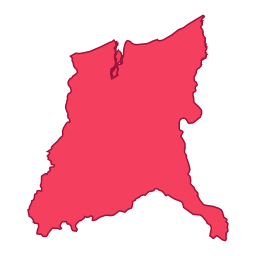 outline of Esmeraldas, Esmeraldas, Ecuador
{"feature_id": "8360857B50260374474946", "entity_name": "Esmeraldas", "entity_type": "district", "adm_level": 2, "iso_a3": "ECU", "parent_name": "Ecuador", "parent_adm1": "Esmeraldas", "projection": "albers", "projection_center": [-79.613, 0.807], "detail": "fine", "context": "isolated", "style": "filled", "palette": "rose", "viewbox_px": 256, "rotation_deg": 0, "n_neighbors": 0, "source": "geoboundaries", "source_scale": "gbopen_adm2", "svg_char_len": 5723}
<svg xmlns="http://www.w3.org/2000/svg" viewBox="0 0 256 256"><path d="M28.0,209.8L29.2,216.2L31.5,217.6L33.1,219.7L33.7,221.3L33.2,221.9L34.8,223.3L37.5,223.5L38.4,223.9L38.6,227.0L37.4,230.4L36.9,233.6L37.9,234.1L41.2,234.2L43.2,236.5L46.2,236.4L47.3,235.3L48.3,233.0L52.4,228.1L55.9,228.4L57.2,228.2L59.8,229.2L61.3,228.6L61.5,228.3L60.4,227.0L59.9,225.8L61.4,222.7L62.8,221.7L66.3,221.7L67.3,224.0L69.2,224.1L70.8,225.7L71.3,226.7L71.6,228.8L72.8,230.6L76.2,231.2L77.2,229.8L77.0,228.9L75.5,226.7L75.6,225.3L76.4,223.7L79.4,220.8L80.9,220.6L84.2,218.0L84.9,216.5L87.0,217.4L89.0,217.0L90.2,216.0L92.2,216.3L92.9,217.6L92.3,220.3L93.4,220.5L96.1,219.7L99.7,217.2L104.8,215.5L106.3,215.1L110.5,215.6L113.6,215.1L119.6,210.7L124.9,212.2L127.5,209.6L131.3,208.1L131.8,207.3L132.5,204.7L132.7,202.6L132.5,201.7L133.3,201.0L135.0,200.5L135.8,198.9L139.3,197.2L140.8,195.7L143.6,194.8L145.2,195.2L147.5,192.7L149.0,191.6L153.7,190.7L154.7,189.1L156.1,188.6L157.7,189.0L159.3,190.3L161.8,191.0L163.7,192.7L165.6,195.5L166.3,195.6L167.3,194.8L168.5,195.0L171.5,197.2L175.1,199.2L181.3,201.5L182.1,202.4L183.1,204.6L183.6,207.4L193.3,214.4L200.2,215.0L202.2,216.2L206.4,221.2L207.3,223.4L210.2,225.0L211.2,227.1L211.3,228.5L209.9,235.6L210.1,236.2L211.4,236.7L212.9,238.2L213.7,238.3L216.3,235.9L217.0,235.7L222.7,239.9L225.3,240.6L225.8,240.1L226.3,238.4L225.9,236.3L226.4,234.6L225.9,233.4L228.0,230.9L227.3,227.3L227.9,223.7L227.6,223.0L226.1,222.1L226.8,220.5L226.8,219.2L223.9,217.3L222.4,211.9L221.1,209.7L218.2,208.1L213.0,206.4L205.6,205.3L203.7,204.7L202.2,203.1L199.5,199.5L198.2,196.8L197.2,195.6L197.9,195.3L197.8,193.0L195.1,190.1L193.9,187.3L190.4,183.8L190.7,180.0L190.3,177.4L189.6,175.9L188.0,174.2L189.7,170.4L189.9,169.1L188.6,163.7L186.5,158.1L186.3,155.2L184.6,152.8L184.6,149.9L185.1,148.1L184.9,143.5L183.5,140.5L180.8,136.1L183.0,132.2L182.5,131.3L179.7,130.0L179.3,128.7L179.2,122.3L179.8,120.3L181.2,118.8L183.2,118.1L184.9,118.5L186.6,119.7L187.8,122.3L188.9,123.3L192.7,122.9L193.7,122.4L200.2,117.2L201.6,113.7L201.6,110.9L201.1,109.8L198.9,107.0L194.3,102.7L193.8,101.3L193.6,97.9L192.8,94.8L193.4,92.3L194.9,91.7L195.8,90.8L195.8,89.9L195.1,88.8L195.5,86.4L197.0,85.5L197.2,84.7L196.3,82.4L194.4,80.7L194.0,77.4L196.2,73.1L196.4,70.9L197.0,69.5L197.9,68.6L198.9,68.3L199.2,67.7L200.8,66.4L201.6,64.5L200.9,64.0L201.2,63.5L201.3,60.2L201.9,59.8L201.9,59.3L202.6,59.3L202.8,59.6L203.0,59.2L203.5,59.3L203.5,58.2L204.2,58.6L205.7,58.1L206.1,56.9L205.5,56.7L205.6,56.1L205.9,55.4L206.3,55.5L206.4,54.3L206.8,54.3L206.4,53.9L206.5,53.1L205.4,52.7L205.6,50.3L205.2,49.8L205.9,50.1L206.3,49.8L206.9,47.9L206.4,47.4L206.8,46.6L206.2,46.0L205.7,46.4L205.8,45.8L205.5,45.7L206.0,44.5L205.4,44.5L205.9,43.8L205.1,42.9L205.1,42.2L204.6,42.0L204.6,41.4L205.3,41.0L205.1,38.5L205.4,38.1L204.5,37.5L204.4,36.9L203.4,35.9L203.3,34.4L202.7,33.2L203.2,32.5L202.8,30.7L201.5,28.2L200.8,27.5L200.8,26.5L202.3,24.6L202.0,23.6L202.3,23.5L202.4,22.7L201.8,22.9L201.6,22.2L202.0,21.7L201.1,21.2L202.3,20.7L201.4,20.4L201.8,19.8L201.9,18.6L202.9,18.2L203.0,17.5L203.8,17.2L203.7,16.3L204.1,16.3L203.9,15.8L203.0,15.4L187.9,24.5L183.4,27.8L180.5,28.9L179.9,29.8L180.1,29.1L178.7,29.6L172.0,34.8L164.1,39.5L161.5,40.5L159.0,40.7L158.2,40.5L157.5,39.8L156.9,40.6L157.1,39.7L153.2,40.9L148.9,43.0L146.3,43.7L137.5,44.6L134.2,44.4L131.8,43.2L130.3,41.6L127.9,40.6L127.0,40.8L125.5,42.6L123.9,48.6L123.4,56.0L122.2,58.3L122.3,63.1L120.6,64.4L119.0,64.3L118.3,64.6L117.2,65.8L117.3,66.7L118.3,68.8L117.2,73.0L117.4,74.2L117.9,75.2L118.2,75.8L117.1,74.6L116.7,75.7L116.0,76.4L112.1,78.7L111.5,78.8L111.5,76.5L110.7,74.9L110.7,71.6L111.3,68.9L114.1,67.0L115.0,65.4L115.5,63.8L115.7,61.7L114.5,58.3L114.8,54.4L115.7,52.8L115.3,50.5L115.9,51.2L115.3,49.7L114.4,48.8L114.2,48.0L114.8,47.1L117.7,45.1L117.9,43.6L117.6,42.4L116.9,45.1L116.3,45.5L115.7,43.4L116.7,42.3L116.7,41.6L115.3,42.1L113.9,40.1L111.6,42.0L110.1,42.2L100.9,46.8L89.8,51.5L82.0,53.2L78.9,53.5L75.8,53.2L70.4,56.2L71.7,57.5L72.5,59.0L72.0,60.0L72.4,61.5L73.0,62.2L73.7,65.9L75.0,68.0L76.5,69.2L77.5,72.1L76.5,73.6L72.9,76.1L72.0,77.7L69.8,79.0L68.4,81.2L68.0,82.6L68.4,84.9L70.6,87.9L71.3,90.4L70.5,92.8L68.5,93.7L67.4,96.0L67.4,99.5L66.8,101.1L66.9,102.0L65.9,104.9L65.6,107.6L66.5,110.5L68.1,113.9L67.6,115.8L68.1,116.6L68.0,117.8L69.2,118.7L69.6,119.9L69.7,122.2L67.9,122.1L66.5,123.2L63.5,128.1L62.6,131.2L62.7,134.6L62.5,136.0L60.3,137.8L57.2,141.6L52.6,145.8L51.5,147.2L51.7,148.7L51.3,149.1L47.6,151.5L48.7,151.7L49.6,152.8L49.4,153.9L47.3,156.0L47.5,156.6L48.6,157.5L48.1,159.2L51.2,161.3L50.9,162.4L51.5,164.5L54.1,164.8L54.4,165.7L54.1,166.4L53.3,166.9L50.1,167.3L49.7,168.6L50.4,170.0L50.2,170.7L48.2,171.9L47.0,174.4L45.9,173.6L45.3,173.7L41.6,176.2L41.4,182.7L40.4,185.6L40.8,186.9L41.7,187.8L41.5,191.1L38.8,190.6L37.2,190.9L36.7,193.3L34.6,194.6L34.3,198.1L33.5,200.0L31.8,200.8L31.4,203.3L29.5,206.9L29.3,209.0L28.0,209.8ZM121.3,57.8L121.9,55.3L121.1,54.3L121.2,53.2L120.0,51.7L118.5,50.9L118.4,50.3L116.5,52.2L116.6,53.6L115.4,55.4L114.9,57.1L115.0,57.8L115.8,58.0L116.6,59.3L115.8,64.7L119.6,61.8L120.5,60.6L120.7,58.6L121.3,57.8ZM113.4,77.8L116.9,75.0L116.9,72.7L117.8,69.5L116.4,66.1L115.7,66.8L114.2,69.8L111.8,72.5L111.9,74.3L113.4,77.8ZM116.1,61.8L116.3,59.4L114.9,58.2L114.9,59.2L116.1,61.8ZM116.0,50.7L115.8,48.9L114.8,47.6L114.4,47.9L114.6,48.9L115.4,49.7L116.0,50.7ZM112.4,70.4L113.4,69.4L114.8,67.4L112.8,68.7L112.4,70.4ZM115.9,48.6L116.2,47.8L116.4,46.8L115.1,47.4L115.9,48.6ZM121.5,62.0L121.8,60.7L121.1,62.3L121.5,62.0ZM115.9,52.8L116.0,51.8L115.5,51.2L115.7,51.6L115.9,52.8ZM114.9,54.9L115.1,54.5L115.6,54.1L115.0,54.4L114.9,54.9ZM115.1,54.1L115.7,53.8L115.8,53.3L115.1,54.1Z" fill="#f43f5e" stroke="#9f1239" stroke-width="1.5"/></svg>